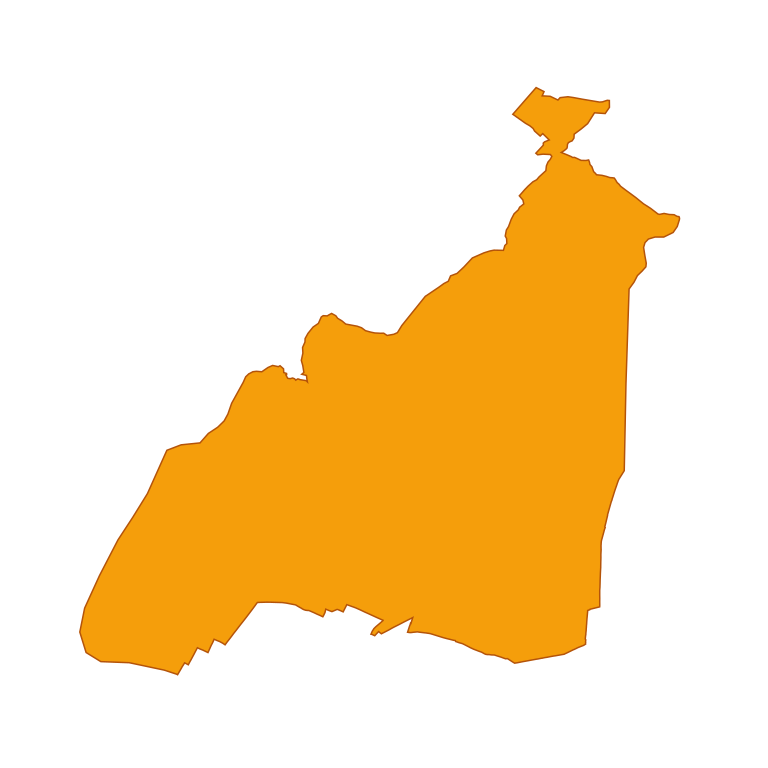 outline of Tampico, Tamaulipas, Mexico, rotated 96°
{"feature_id": "50627088B71136761933939", "entity_name": "Tampico", "entity_type": "district", "adm_level": 2, "iso_a3": "MEX", "parent_name": "Mexico", "parent_adm1": "Tamaulipas", "projection": "robinson", "projection_center": [-97.894, 22.27], "detail": "fine", "context": "isolated", "style": "filled", "palette": "amber", "viewbox_px": 768, "rotation_deg": 96, "n_neighbors": 0, "source": "geoboundaries", "source_scale": "gbopen_adm2", "svg_char_len": 6118}
<svg xmlns="http://www.w3.org/2000/svg" viewBox="0 0 768 768"><g transform="rotate(96 384 384)"><path d="M621.6,156.3L620.9,156.5L620.1,156.4L619.2,156.6L617.3,156.6L617.0,156.8L616.6,157.2L615.6,157.2L613.7,157.2L611.7,157.1L611.1,157.2L609.8,157.2L608.9,157.2L607.4,157.2L606.7,157.3L606.0,157.3L604.9,157.3L603.2,157.4L601.5,157.4L599.6,157.5L596.6,157.6L588.5,157.7L588.1,157.8L587.8,157.6L587.6,157.1L587.3,156.5L587.1,155.8L586.5,155.6L585.9,153.9L583.1,146.2L581.5,146.3L578.1,146.7L574.8,147.0L571.4,147.4L566.6,147.9L563.4,148.0L559.5,148.3L555.9,148.6L552.5,148.8L549.8,149.0L546.0,149.2L543.7,149.3L542.9,149.4L539.5,149.7L537.0,149.9L534.3,150.1L530.7,150.5L526.8,150.7L525.6,150.8L524.5,151.0L523.2,151.1L522.9,151.2L521.4,151.3L521.0,151.3L519.2,151.4L517.4,151.4L515.9,151.2L515.5,151.1L513.6,150.8L512.4,150.6L511.7,150.5L509.9,150.2L509.3,150.1L508.0,149.9L506.0,149.6L503.5,149.0L503.0,149.5L501.1,149.2L499.0,148.9L491.3,147.9L490.7,148.0L477.4,145.7L476.0,145.3L475.3,145.1L474.6,145.1L471.9,144.5L470.9,144.3L467.8,143.7L466.9,143.5L465.0,143.1L462.0,142.4L461.7,142.3L458.1,141.5L456.0,141.0L454.3,140.5L445.1,136.0L358.3,143.4L263.9,150.2L256.6,146.0L249.7,143.3L244.7,139.1L240.1,135.8L236.5,135.8L229.0,138.0L221.0,140.1L216.1,139.2L212.2,136.2L209.5,129.8L208.6,121.1L203.1,112.3L196.7,108.8L189.7,107.4L188.2,107.4L186.7,108.1L186.6,110.2L185.3,113.2L185.6,118.1L185.1,123.3L186.5,127.6L186.3,129.3L181.4,137.3L177.6,144.9L172.3,153.0L165.8,164.1L162.6,169.4L160.7,171.2L159.3,173.2L156.6,175.2L155.1,176.5L155.0,178.4L155.1,181.0L154.3,184.6L153.7,189.0L153.7,194.6L152.6,195.5L150.9,197.7L146.1,200.0L144.2,202.1L142.0,202.8L139.8,203.9L140.6,206.5L141.0,211.4L139.5,215.7L138.7,218.2L139.0,220.0L138.2,221.8L137.0,225.7L135.2,231.9L133.0,229.1L130.6,226.8L129.1,226.5L126.6,226.6L124.8,225.9L123.7,224.5L122.5,222.3L119.6,220.8L115.7,221.0L109.9,214.7L103.8,208.7L92.3,203.0L91.9,192.3L85.3,188.7L78.5,189.5L78.5,191.6L80.6,196.3L81.1,199.1L80.0,216.8L79.3,225.8L79.1,231.1L80.8,238.8L83.4,240.7L80.5,248.8L80.9,256.8L76.5,255.4L73.3,263.7L102.3,284.1L109.9,270.6L111.9,266.1L114.3,262.4L116.7,260.7L121.1,254.6L118.4,252.3L124.0,245.2L126.4,249.6L127.8,250.8L129.8,250.5L138.6,257.1L140.0,255.1L138.8,249.9L138.4,242.5L140.1,240.9L143.2,242.1L146.1,244.1L150.1,245.3L154.9,245.3L161.8,251.4L164.9,253.5L167.3,257.0L172.3,261.5L175.9,264.3L182.7,269.1L186.5,265.1L190.3,263.8L194.0,267.6L196.7,268.6L201.1,272.4L206.9,274.7L214.4,276.6L218.1,278.4L224.2,278.9L226.5,277.3L231.5,276.5L233.6,278.3L238.6,279.2L239.4,288.6L240.6,292.5L243.1,298.3L249.4,309.3L259.2,316.7L266.4,322.9L269.5,329.1L275.1,330.8L277.8,334.9L282.2,339.8L292.5,352.1L324.0,372.4L331.5,376.0L333.5,379.4L335.4,386.0L333.5,389.6L333.9,392.7L334.2,398.5L333.8,402.6L332.9,408.0L330.4,412.2L329.3,416.8L328.4,428.3L325.7,432.3L323.5,437.0L321.2,439.0L319.3,443.5L321.0,446.0L322.2,447.6L322.4,451.6L323.9,453.4L330.6,455.6L334.8,460.5L341.6,464.9L347.0,467.2L350.6,467.0L356.2,468.8L361.8,467.9L369.1,468.7L374.2,466.7L380.9,464.9L382.9,466.8L383.6,462.0L386.8,461.3L389.9,460.4L388.8,461.8L388.4,468.4L388.0,469.2L388.0,470.4L389.4,472.2L388.2,473.4L387.6,475.5L388.5,477.9L388.4,480.4L385.1,482.6L384.8,481.8L383.7,482.0L383.1,484.9L379.4,485.5L376.7,489.3L377.8,490.9L377.2,496.7L379.7,501.1L384.6,506.8L384.7,512.2L385.5,515.7L387.8,519.1L388.0,519.5L391.3,522.3L397.1,524.2L419.1,533.5L430.2,536.1L437.4,539.1L444.4,544.9L451.5,553.5L461.8,560.8L465.7,579.4L468.7,585.3L472.6,593.0L517.7,607.8L543.0,620.0L566.9,632.3L604.2,646.9L638.2,658.3L662.5,660.6L682.2,652.2L689.7,636.6L687.8,608.3L691.5,572.8L694.3,559.8L694.7,558.9L687.4,555.6L686.6,555.3L685.0,554.5L683.0,553.5L682.5,553.3L682.2,553.2L682.5,552.2L683.7,549.3L681.7,548.5L680.2,547.9L678.9,547.3L676.2,546.2L672.8,544.8L669.5,543.5L665.8,542.0L666.8,539.2L667.6,536.3L668.5,533.8L669.5,531.0L665.6,529.7L662.2,528.6L658.9,527.3L655.6,526.3L656.5,523.5L657.3,520.6L658.7,517.2L660.0,514.8L656.9,513.0L653.9,511.1L650.8,509.2L647.9,507.5L644.6,505.4L641.5,503.5L638.4,501.6L635.4,499.7L632.7,498.0L629.8,496.2L623.2,492.2L622.7,491.9L621.7,491.3L618.3,489.3L618.0,489.1L616.7,488.4L614.5,487.1L614.4,486.3L614.2,484.8L614.1,484.5L613.8,482.1L613.3,478.4L612.9,474.5L612.6,470.3L612.0,462.3L612.1,458.2L612.6,452.5L612.9,448.9L613.5,447.6L613.8,447.0L615.0,444.3L615.4,443.3L616.3,441.5L616.8,440.1L617.2,438.2L617.2,436.9L617.2,436.0L617.1,435.3L617.2,434.8L617.4,434.0L617.8,432.8L618.8,429.6L619.9,426.5L620.8,423.6L621.9,420.5L620.3,419.8L617.5,418.8L615.7,418.6L614.0,418.4L614.9,415.5L615.8,412.1L615.7,411.7L615.5,411.4L613.1,407.1L613.2,406.2L613.9,403.8L614.9,400.8L607.3,397.9L608.8,392.0L608.9,391.4L609.7,388.4L609.9,387.8L610.8,385.0L611.8,382.1L612.9,379.0L613.8,376.2L614.3,374.7L617.1,366.4L619.1,360.2L619.4,360.3L621.8,362.5L626.2,366.7L628.4,368.5L628.5,368.5L631.0,369.8L631.3,369.9L631.6,370.0L634.2,370.8L634.3,369.8L635.3,366.9L633.0,365.2L630.8,363.5L632.7,360.5L629.3,355.3L627.9,353.2L626.3,351.0L624.8,348.8L621.8,344.1L618.6,339.3L613.3,331.0L619.3,332.2L619.1,332.6L620.8,332.9L622.2,333.3L625.5,334.0L628.4,334.6L628.4,334.4L628.5,333.5L628.5,332.7L628.5,332.1L628.4,331.2L628.0,329.5L627.9,329.2L627.1,325.2L627.0,324.5L627.1,323.5L627.2,318.3L627.2,316.2L627.3,313.8L627.4,312.0L628.0,308.8L628.2,307.9L630.0,298.9L630.6,295.2L631.1,291.5L631.6,288.1L631.7,286.2L632.4,285.9L632.6,285.8L633.0,284.0L633.4,282.5L634.0,278.9L634.4,277.8L634.6,277.2L636.5,272.3L637.2,270.6L638.4,267.1L640.0,261.1L640.5,258.9L641.8,255.9L642.2,254.6L642.3,253.0L642.1,251.2L642.2,249.1L642.0,245.7L642.2,244.9L642.7,242.6L643.4,239.1L644.6,234.3L644.2,232.7L644.6,231.7L646.8,227.4L648.0,224.9L647.7,223.9L647.3,222.3L645.5,216.5L644.1,211.6L643.3,209.0L641.6,203.2L641.5,202.6L640.9,200.7L640.2,198.5L640.2,198.2L639.3,195.5L638.8,193.5L637.7,189.9L636.9,187.2L636.8,186.8L636.3,184.8L636.2,184.5L635.7,182.8L635.4,181.7L634.6,179.0L633.9,176.5L633.7,176.3L632.2,173.8L630.7,171.4L628.6,168.1L628.1,167.1L627.0,165.3L625.9,163.6L624.9,161.7L623.0,158.0L622.6,157.6L621.6,156.3Z" fill="#f59e0b" stroke="#b45309" stroke-width="1.5"/></g></svg>